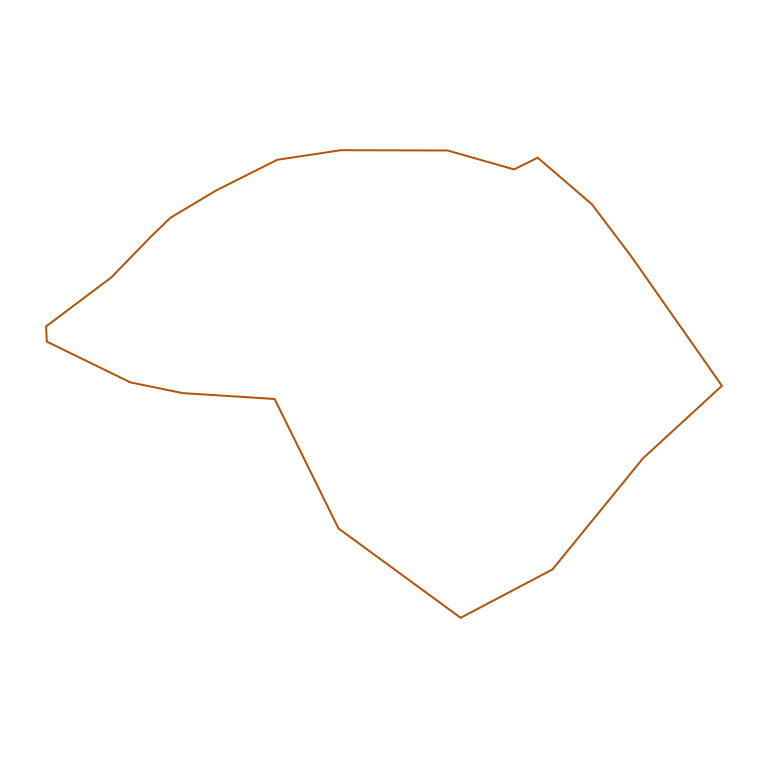 the district of Western, American Samoa, United States of America
{"feature_id": "52423323B2854744470595", "entity_name": "Western", "entity_type": "district", "adm_level": 2, "iso_a3": "USA", "parent_name": "United States of America", "parent_adm1": "American Samoa", "projection": "robinson", "projection_center": [-170.781, -14.331], "detail": "fine", "context": "isolated", "style": "outline", "palette": "amber", "viewbox_px": 768, "rotation_deg": 0, "n_neighbors": 0, "source": "geoboundaries", "source_scale": "gbopen_adm2", "svg_char_len": 389}
<svg xmlns="http://www.w3.org/2000/svg" viewBox="0 0 768 768"><path d="M537.7,157.7L514.0,169.4L447.5,150.5L340.8,150.2L277.2,159.8L216.2,190.4L170.5,217.7L150.7,236.8L111.5,277.2L46.1,326.4L46.8,341.6L130.1,382.3L182.4,393.1L274.6,399.0L338.5,528.5L460.6,617.8L552.5,569.4L642.9,458.4L721.9,385.8L631.6,256.9L591.9,204.3L537.7,157.7Z" fill="none" stroke="#b45309" stroke-width="2"/></svg>